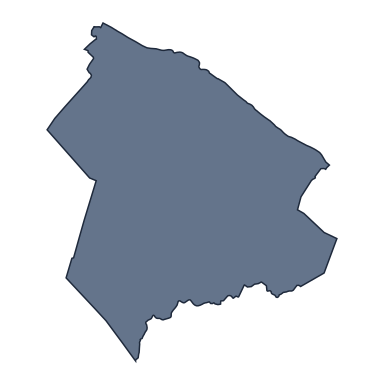 outline of Cenad, Timis, Romania
{"feature_id": "2599482B67107815757127", "entity_name": "Cenad", "entity_type": "district", "adm_level": 2, "iso_a3": "ROU", "parent_name": "Romania", "parent_adm1": "Timis", "projection": "albers", "projection_center": [20.55, 46.131], "detail": "fine", "context": "isolated", "style": "filled", "palette": "slate", "viewbox_px": 384, "rotation_deg": 0, "n_neighbors": 0, "source": "geoboundaries", "source_scale": "gbopen_adm2", "svg_char_len": 5052}
<svg xmlns="http://www.w3.org/2000/svg" viewBox="0 0 384 384"><path d="M329.4,165.1L325.8,162.0L321.6,154.9L320.3,153.3L319.6,152.5L315.9,150.0L314.2,149.0L310.3,147.0L308.4,146.2L306.7,145.5L299.3,141.6L297.3,140.5L295.3,139.2L291.8,137.5L291.0,137.2L288.3,136.4L287.6,135.9L287.1,135.6L285.8,134.6L285.5,134.5L284.9,133.9L283.6,132.8L282.1,131.2L281.3,130.3L279.9,129.2L277.9,128.0L275.6,126.4L274.5,125.0L269.9,120.7L268.6,119.9L266.2,118.2L264.3,116.9L260.3,113.8L258.3,112.1L257.9,111.8L256.5,110.5L256.0,110.3L254.5,108.8L253.5,107.1L253.0,106.5L252.5,106.0L252.1,105.5L251.6,105.1L250.0,104.2L249.0,103.8L247.9,103.4L247.1,102.9L246.2,101.8L245.5,101.2L243.6,99.9L241.6,98.3L237.5,95.1L225.3,83.0L224.5,82.4L218.0,78.7L217.9,78.7L217.3,78.7L216.9,78.4L213.3,75.8L210.3,73.6L209.5,73.2L209.4,72.9L208.9,71.7L208.7,71.3L208.2,70.9L207.2,70.2L206.1,69.7L204.9,69.5L203.7,69.4L202.4,69.4L201.4,69.5L200.8,69.4L200.4,69.2L200.1,68.9L199.8,68.5L199.3,67.9L199.1,67.4L198.9,66.8L198.9,66.2L199.2,65.2L199.4,64.7L199.4,64.1L199.5,63.5L199.5,63.0L199.4,62.4L199.1,61.9L198.8,61.5L198.6,61.2L198.5,60.9L197.8,60.2L195.5,59.0L193.4,58.0L192.3,57.6L190.1,56.8L187.8,56.1L186.7,55.6L185.0,54.5L184.0,53.8L183.1,53.1L182.1,52.6L181.1,52.3L179.9,52.1L178.9,52.2L177.9,52.3L176.9,52.4L175.8,52.7L174.7,53.0L173.5,52.4L173.2,51.6L173.0,51.2L172.6,50.7L171.7,50.1L170.7,49.8L169.5,49.7L168.3,49.7L164.0,50.4L161.9,50.3L161.0,50.1L156.2,48.8L150.7,48.4L148.1,48.0L146.9,47.8L142.2,45.6L135.5,41.6L128.1,37.6L122.1,33.8L118.0,31.5L111.4,27.4L103.0,23.0L100.7,27.6L99.4,26.8L95.5,26.9L94.6,26.7L94.0,26.8L94.1,27.2L93.7,27.4L91.7,30.6L91.5,34.6L91.5,34.8L93.8,36.7L94.0,36.8L94.9,36.3L95.2,36.0L95.6,36.1L96.0,36.2L96.3,36.7L96.4,39.1L95.6,39.4L94.8,40.0L90.1,43.8L84.4,49.3L88.0,50.6L88.1,50.8L88.1,52.3L93.3,57.2L93.5,58.1L93.5,58.6L93.4,58.8L90.0,63.6L89.3,64.7L87.1,69.2L88.9,72.2L89.3,72.8L90.2,73.3L90.5,73.7L91.3,75.0L91.4,75.4L90.9,77.4L89.8,78.6L88.7,79.6L87.2,81.9L79.7,90.3L72.5,98.3L64.8,106.9L54.8,118.4L47.1,129.8L89.4,177.7L89.7,178.0L96.2,180.7L91.4,196.5L84.1,220.5L79.5,236.7L73.6,257.8L71.9,258.3L66.1,277.9L94.1,307.8L106.0,320.7L110.8,327.2L122.5,343.0L134.6,359.7L135.6,361.0L135.6,360.5L135.8,359.9L136.2,359.3L136.5,359.1L137.3,358.6L137.8,358.2L138.2,357.6L138.7,353.9L139.1,352.7L139.3,350.2L139.4,348.0L139.7,344.0L139.5,342.8L139.7,341.9L140.0,341.2L140.4,340.5L140.4,340.2L140.2,339.5L140.6,339.1L141.4,338.8L142.0,338.5L142.3,338.1L142.4,337.6L142.7,336.9L143.4,335.5L144.0,334.6L144.2,334.2L144.6,333.3L145.2,332.2L145.5,331.6L146.0,331.1L146.2,330.7L146.6,330.1L147.0,329.1L147.1,327.5L146.7,325.2L146.4,324.2L145.9,323.8L145.8,323.3L145.7,322.8L145.8,322.2L146.3,321.8L148.3,320.0L149.2,319.7L150.2,319.2L150.9,318.8L151.2,318.6L151.5,318.2L152.7,315.9L153.0,315.5L153.3,315.3L153.6,315.3L154.0,315.5L154.4,315.8L154.7,316.4L154.9,316.7L155.3,317.2L155.7,317.6L156.4,318.1L157.1,318.3L157.6,318.4L159.6,318.4L160.2,318.6L160.7,318.9L161.4,319.4L162.2,319.7L162.7,319.8L163.0,319.8L163.5,319.8L164.1,319.5L168.6,318.2L170.1,317.6L170.6,317.3L170.8,317.0L171.1,316.4L171.2,315.4L171.2,314.6L171.3,313.3L171.4,312.9L171.6,312.5L173.0,310.4L175.5,307.5L177.1,305.1L178.2,301.4L178.7,301.0L179.1,300.9L179.6,300.8L180.0,300.9L181.2,301.7L182.4,302.4L183.2,302.7L183.6,302.8L184.4,302.7L184.7,302.6L188.2,300.2L188.5,300.0L189.1,299.9L189.5,299.8L190.0,299.9L190.3,300.0L190.7,300.4L192.9,303.3L193.6,304.1L195.0,305.2L195.5,305.4L196.6,305.8L197.4,305.8L198.0,305.8L199.1,305.5L199.9,305.3L201.0,304.8L202.5,304.1L203.6,303.4L204.5,303.1L205.5,302.8L206.4,302.7L209.1,301.9L209.6,302.1L210.3,303.1L210.5,303.4L210.8,303.5L211.1,303.5L211.5,303.5L212.1,303.6L212.8,303.4L213.5,302.9L213.9,302.9L214.1,303.0L215.0,303.9L217.9,304.6L220.4,304.2L220.6,304.1L220.7,301.2L220.9,301.0L221.0,300.9L222.9,300.8L223.4,300.7L223.6,300.6L227.6,296.0L227.9,295.8L228.4,295.7L228.8,295.6L229.2,295.5L229.8,295.6L230.2,295.6L230.5,295.8L230.9,295.9L231.3,296.2L231.5,296.4L233.1,298.2L233.3,298.2L233.5,298.1L235.6,296.4L235.9,296.3L236.2,296.2L238.1,297.0L238.3,297.0L238.5,296.8L238.7,296.7L244.2,285.1L244.3,285.0L244.6,285.0L247.4,287.0L251.3,286.6L254.5,284.2L258.3,283.6L260.8,282.3L261.0,282.1L261.4,282.1L261.6,282.1L263.7,283.7L266.3,285.6L266.4,285.8L266.9,290.5L267.2,290.8L267.3,291.0L267.7,291.1L269.9,290.7L270.6,291.1L271.0,291.5L271.2,291.9L271.2,292.2L271.2,292.5L271.5,293.2L271.8,293.6L272.3,294.0L274.9,295.2L276.2,297.2L276.6,297.3L277.0,297.4L277.4,297.4L277.7,297.3L278.6,296.5L279.0,295.7L279.3,294.8L280.3,294.5L281.1,294.1L281.7,293.6L282.4,293.2L283.0,292.6L283.4,292.4L286.5,291.9L287.9,291.3L289.3,291.0L291.8,291.0L293.3,290.2L296.9,285.4L297.5,285.4L298.6,285.3L299.2,285.5L299.8,285.9L300.6,286.5L324.1,273.0L334.9,243.9L336.9,238.6L324.1,232.5L303.8,213.4L297.5,209.8L301.0,196.8L311.2,180.8L312.6,179.4L313.8,178.8L315.0,178.2L315.3,177.2L315.0,176.5L320.8,168.8L321.5,168.6L322.2,168.6L323.5,168.5L324.4,168.7L324.8,168.8L325.7,169.3L326.7,167.7L329.4,165.1Z" fill="#64748b" stroke="#1e293b" stroke-width="1.5"/></svg>